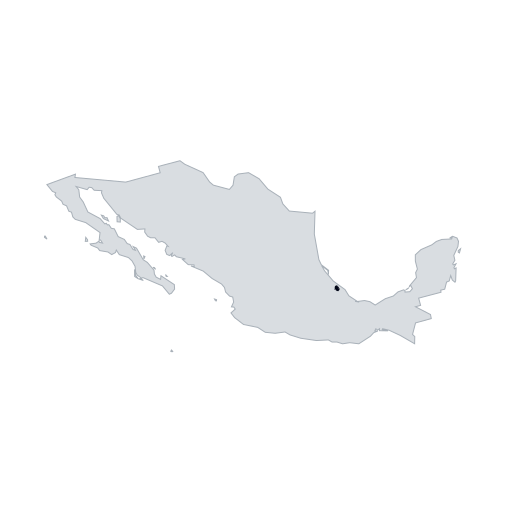 Martínez de la Torre, Veracruz, Mexico shown in context, rotated 345°
{"feature_id": "50627088B13774862826934", "entity_name": "Martínez de la Torre", "entity_type": "district", "adm_level": 2, "iso_a3": "MEX", "parent_name": "Mexico", "parent_adm1": "Veracruz", "projection": "mercator", "projection_center": [-97.059, 20.12], "detail": "fine", "context": "in_parent", "style": "filled", "palette": "ink", "viewbox_px": 512, "rotation_deg": 345, "n_neighbors": 0, "source": "geoboundaries", "source_scale": "gbopen_adm2", "svg_char_len": 4937}
<svg xmlns="http://www.w3.org/2000/svg" viewBox="0 0 512 512"><g transform="rotate(345 256 256)"><path d="M72.5,132.9L102.8,130.2L101.4,133.3L149.3,150.9L185.0,150.8L185.0,144.2L207.2,144.3L211.0,149.0L226.5,161.8L230.3,172.4L233.1,176.5L247.5,184.8L252.1,181.7L255.6,173.9L259.9,172.2L270.4,173.6L279.0,182.2L284.8,194.5L294.8,205.6L295.4,212.6L299.8,221.2L321.7,229.3L324.6,228.0L318.0,249.9L315.8,275.8L316.8,281.3L322.4,288.6L321.2,292.6L321.6,288.6L316.9,282.3L318.4,288.1L324.1,300.1L333.3,311.5L335.4,318.5L341.8,325.7L340.0,325.5L343.7,327.2L342.5,326.2L349.3,327.1L354.2,329.6L358.4,334.2L369.9,330.7L378.3,330.2L383.9,327.4L389.8,326.9L391.0,327.9L390.6,329.4L395.3,330.3L398.6,328.1L397.8,324.4L396.2,325.3L396.6,324.6L405.4,318.4L405.9,313.4L408.5,310.4L408.6,302.2L410.2,296.1L417.0,292.5L428.8,290.7L434.0,288.6L439.8,288.1L449.4,290.2L450.2,288.9L447.7,288.8L450.9,287.8L454.8,290.6L455.4,294.2L453.5,299.1L447.2,306.6L447.0,311.6L443.9,314.6L444.4,315.7L447.2,315.3L444.2,318.4L444.3,319.7L446.2,319.3L442.4,331.7L441.4,332.8L439.4,330.0L439.0,325.3L436.2,330.1L433.3,330.5L429.7,336.9L425.6,336.8L425.3,338.9L402.2,338.8L402.2,346.3L396.9,346.3L409.4,357.7L409.1,361.8L392.8,361.9L386.9,372.3L388.5,374.9L386.5,381.8L374.7,370.0L365.3,362.1L359.5,359.0L358.9,359.8L364.2,362.5L355.9,360.1L356.5,358.2L354.3,359.0L352.9,357.3L351.4,359.1L354.2,360.0L349.9,360.5L345.8,363.1L332.6,367.4L324.1,364.0L316.9,363.2L312.0,360.1L307.2,358.8L304.2,355.8L292.5,353.3L277.9,347.0L268.4,341.0L264.4,336.9L254.5,335.6L245.2,332.1L239.2,325.4L226.3,319.0L219.4,310.0L217.1,304.5L222.2,301.9L221.4,299.6L219.1,298.8L222.5,294.7L222.9,289.6L220.1,287.9L217.3,282.9L217.4,278.3L215.5,274.2L207.8,266.4L201.1,256.9L190.6,248.8L193.6,250.3L193.8,248.5L188.3,246.8L184.1,240.3L187.0,240.5L178.9,236.1L177.7,233.9L174.7,234.7L174.2,233.7L176.5,231.2L172.6,233.2L170.2,231.3L169.7,227.0L172.5,223.2L173.6,223.9L171.6,220.0L169.0,217.5L165.5,217.6L163.1,212.2L158.9,211.1L156.4,208.8L154.7,204.1L155.7,201.1L148.3,199.6L135.2,184.5L134.4,180.9L132.4,179.8L123.9,160.8L123.1,155.0L124.0,153.0L116.7,150.6L115.0,147.4L112.6,146.4L110.1,148.2L100.2,142.3L102.0,146.1L100.9,153.4L103.1,159.1L105.0,170.0L115.1,179.5L118.3,185.9L119.8,185.6L120.5,187.5L122.0,187.7L123.4,191.8L126.2,193.1L127.9,201.6L133.1,205.9L134.8,210.7L137.2,212.2L138.9,217.9L141.0,219.3L139.8,215.1L142.6,217.5L146.1,230.4L149.4,234.1L153.8,243.3L153.2,247.1L154.1,250.6L157.8,253.9L159.1,250.5L169.7,262.5L168.8,266.9L164.7,270.1L162.4,270.5L157.9,260.7L141.2,247.6L139.7,247.8L136.3,243.7L135.6,240.8L136.5,234.6L135.0,228.7L132.4,224.5L124.3,219.3L122.6,214.1L121.2,216.3L117.0,217.3L114.0,213.8L106.4,210.3L105.2,207.3L99.5,202.9L98.9,201.4L104.8,202.2L108.2,201.0L108.2,202.3L111.1,203.8L110.0,200.3L108.6,200.1L111.4,193.0L100.2,179.7L90.9,173.8L89.2,170.9L89.1,165.9L86.8,164.3L86.0,158.5L83.0,156.1L82.5,152.7L78.4,147.3L77.6,144.8L78.9,143.1L76.1,140.9L72.5,132.9ZM134.6,184.7L133.7,188.1L130.7,187.0L131.9,181.9L133.6,181.3L134.6,184.7ZM122.6,184.0L118.3,180.4L117.2,176.5L119.3,177.8L119.9,179.9L122.0,180.4L122.6,184.0ZM453.3,305.7L452.3,304.6L452.8,303.1L455.5,301.9L453.3,305.7ZM136.5,247.7L133.5,244.4L135.2,237.5L134.7,243.6L136.5,247.7ZM97.2,198.2L94.9,197.7L96.4,193.9L97.5,196.7L97.2,198.2ZM58.5,185.6L56.5,183.2L56.9,182.1L57.6,182.2L58.5,185.6ZM139.0,247.9L140.8,250.5L137.0,247.9L139.0,247.9ZM206.6,288.0L206.2,289.1L205.2,288.7L204.8,286.8L206.6,288.0ZM154.9,240.9L155.6,242.9L153.6,240.3L154.9,240.9ZM147.5,226.9L148.6,227.8L147.0,229.8L147.5,226.9ZM150.9,326.6L150.1,326.8L149.0,326.0L150.0,324.9L150.9,326.6ZM393.8,327.0L391.8,327.4L395.3,326.3L393.8,327.0ZM165.0,252.8L164.0,252.5L163.8,250.5L165.0,252.8Z" fill="#d9dde1" stroke="#a8b0b8" stroke-width="1"/><path d="M324.6,308.1L324.8,308.1L324.9,308.3L325.0,308.3L325.0,308.5L324.9,308.5L325.0,308.5L324.9,308.5L325.0,308.7L325.0,308.8L325.1,308.7L325.1,308.8L325.3,308.8L325.2,308.8L325.3,308.8L325.3,309.0L325.5,309.1L325.8,309.1L325.9,309.3L325.7,309.2L325.6,309.3L325.7,309.6L325.7,309.8L325.8,309.8L326.0,310.0L326.3,310.0L326.2,310.2L326.3,310.2L326.4,310.3L326.5,310.2L326.4,310.1L326.5,310.1L326.6,309.9L326.9,309.8L327.0,309.7L326.9,309.7L326.7,309.6L326.6,309.4L326.6,309.2L326.6,309.3L326.6,309.2L326.8,309.2L326.7,309.1L326.6,308.9L326.6,308.7L326.6,308.4L326.7,308.2L326.8,308.0L327.0,308.0L327.1,307.9L327.0,307.7L327.0,307.8L327.0,307.7L326.9,307.7L326.9,307.8L326.6,307.8L326.6,307.7L326.4,307.4L326.2,307.2L326.2,306.9L326.2,306.7L326.2,306.8L326.2,306.7L326.3,306.6L326.4,306.4L326.3,306.2L326.2,306.0L325.9,306.0L325.7,306.2L325.4,306.1L325.2,306.1L325.1,306.3L324.9,306.4L324.8,306.5L324.7,306.6L324.8,306.8L324.8,306.7L324.8,306.8L324.7,306.8L324.8,306.8L324.7,306.8L324.8,306.8L324.8,307.0L324.7,307.0L324.6,307.3L324.6,307.5L324.4,307.7L324.4,307.8L324.5,307.8L324.8,307.9L324.8,308.0L324.7,308.0L324.6,308.1Z" fill="#0f172a" stroke="#020617" stroke-width="1.5"/></g></svg>